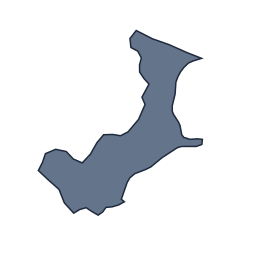 La Estrelleta, Mercator projection, rotated 195°
{"feature_id": "DOM-1972", "entity_name": "La Estrelleta", "entity_type": "Province", "adm_level": 1, "iso_a3": "DOM", "parent_name": "Dominican Republic", "parent_adm1": "", "projection": "mercator", "projection_center": [-71.627, 18.975], "detail": "fine", "context": "isolated", "style": "filled", "palette": "slate", "viewbox_px": 256, "rotation_deg": 195, "n_neighbors": 0, "source": "natural_earth", "source_scale": "10m", "svg_char_len": 970}
<svg xmlns="http://www.w3.org/2000/svg" viewBox="0 0 256 256"><g transform="rotate(195 128 128)"><path d="M53.2,136.3L52.4,131.2L57.2,127.9L71.6,124.0L75.3,121.7L87.5,108.1L95.9,96.3L100.2,92.5L109.7,85.6L113.3,80.4L114.7,75.2L116.0,57.5L112.4,55.8L117.1,51.3L122.8,47.8L128.7,45.6L130.8,40.2L134.3,36.1L141.1,37.9L147.8,40.2L153.6,36.7L158.4,31.7L170.1,39.2L178.7,50.8L191.3,57.1L203.6,63.7L201.7,72.7L201.1,81.9L192.3,88.7L181.6,89.3L172.8,83.9L163.2,82.4L157.5,93.1L154.2,105.8L149.8,115.2L141.1,117.8L133.2,118.6L127.0,124.2L120.0,139.1L117.6,155.1L122.5,161.4L119.1,175.8L125.5,180.0L131.2,185.0L133.2,191.8L133.2,199.1L138.4,204.7L146.0,206.5L149.3,214.9L145.3,224.3L127.6,220.5L109.6,219.1L90.6,216.1L75.0,214.3L82.5,209.6L86.5,206.3L89.8,200.8L91.8,195.8L93.1,190.3L93.6,184.7L91.3,173.1L91.0,161.0L89.5,155.5L87.4,152.8L80.9,146.9L78.4,143.9L74.4,135.5L71.8,133.4L65.2,133.1L58.2,135.5L53.2,136.3Z" fill="#64748b" stroke="#1e293b" stroke-width="1.5"/></g></svg>